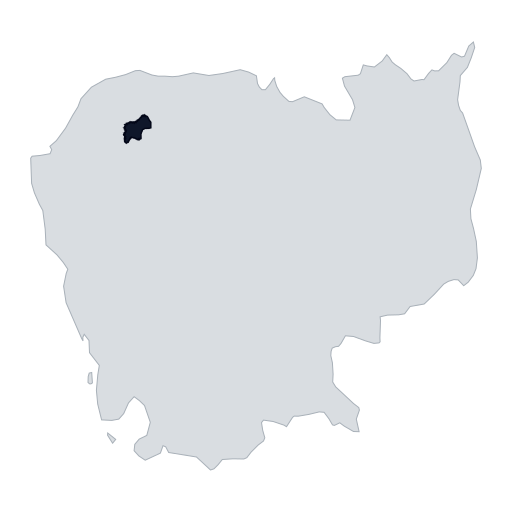 location of Srei Snam, Siemréab, Cambodia
{"feature_id": "14789045B20836207890742", "entity_name": "Srei Snam", "entity_type": "district", "adm_level": 2, "iso_a3": "KHM", "parent_name": "Cambodia", "parent_adm1": "Siemréab", "projection": "natural_earth1", "projection_center": [103.506, 13.832], "detail": "fine", "context": "in_parent", "style": "filled", "palette": "ink", "viewbox_px": 512, "rotation_deg": 0, "n_neighbors": 0, "source": "geoboundaries", "source_scale": "gbopen_adm2", "svg_char_len": 7430}
<svg xmlns="http://www.w3.org/2000/svg" viewBox="0 0 512 512"><path d="M473.4,42.0L474.7,47.5L471.2,57.9L467.4,67.4L460.3,75.6L460.0,81.7L457.6,99.7L458.6,105.5L460.3,110.4L462.6,113.0L468.9,130.7L474.6,146.8L480.3,160.0L481.3,168.4L476.3,189.6L470.4,209.0L470.9,218.7L473.5,228.4L476.3,241.4L477.4,257.9L476.0,268.7L473.3,275.4L468.2,282.2L463.7,285.7L458.2,279.9L453.9,279.6L448.2,281.4L443.7,284.1L434.4,294.2L424.2,304.0L410.1,306.5L404.6,313.8L398.7,314.8L387.5,315.1L380.1,316.8L380.5,320.5L379.9,337.8L380.1,341.8L379.0,342.9L373.9,343.4L365.3,340.8L353.6,336.5L345.4,335.8L341.1,343.3L338.6,346.3L335.5,346.7L332.2,348.1L331.1,351.4L330.8,355.6L332.4,362.8L333.1,374.2L332.7,382.0L335.7,386.9L353.5,403.5L358.8,407.6L359.4,410.1L356.3,419.1L359.1,431.7L353.5,431.5L344.2,426.1L339.8,422.8L334.4,425.4L332.5,424.9L328.9,418.7L324.1,412.3L319.2,411.9L308.8,414.4L298.2,416.2L294.2,416.1L292.6,417.3L286.5,426.7L283.9,425.1L273.2,421.5L263.5,420.1L261.5,422.6L262.7,430.3L264.8,437.8L263.5,441.0L258.2,445.0L251.1,452.1L246.8,457.7L243.8,459.0L233.1,458.8L222.3,459.5L218.0,464.8L214.0,468.8L210.5,470.0L196.5,457.0L168.7,452.5L165.7,446.8L163.0,445.7L160.4,453.1L145.2,460.2L138.8,455.9L134.1,450.7L134.8,444.3L139.2,439.1L146.8,435.4L150.3,422.3L144.5,405.5L139.4,400.6L134.1,396.7L128.5,402.9L123.7,413.6L118.8,419.1L111.8,420.4L101.6,419.9L97.7,404.0L96.4,390.3L97.8,374.7L99.3,365.4L89.5,352.7L89.0,340.5L84.2,334.3L82.8,337.4L83.0,340.9L81.6,338.4L66.1,302.7L63.6,286.2L66.2,273.5L67.8,269.2L63.3,262.5L57.0,254.9L46.0,244.9L45.2,229.2L42.8,210.5L39.4,204.3L34.4,192.8L31.6,183.3L30.7,158.2L32.1,156.2L40.0,155.5L50.1,153.7L51.7,149.6L49.9,146.3L56.4,140.6L65.6,128.1L72.8,115.1L77.9,106.9L81.0,98.7L91.4,87.2L105.7,79.2L115.4,77.3L125.6,74.6L135.3,70.7L139.9,70.4L151.9,75.0L158.4,76.2L165.3,76.2L172.3,76.7L178.5,76.2L193.3,72.9L208.9,75.5L222.9,73.5L240.2,69.7L248.7,72.1L256.4,75.8L257.5,83.5L259.3,87.0L261.9,89.7L265.4,89.7L269.8,84.3L273.4,78.8L274.6,77.8L274.8,80.5L276.7,86.5L280.0,92.4L283.3,96.3L288.9,101.4L292.5,101.7L304.3,96.8L322.1,103.9L324.2,107.5L329.9,114.7L336.2,119.9L350.0,120.2L354.9,107.5L352.5,99.7L344.5,86.1L342.4,78.2L344.9,76.7L358.2,75.2L360.4,73.7L363.3,64.9L366.9,65.9L374.4,67.0L382.2,61.0L386.8,54.7L389.3,57.6L392.1,62.0L395.1,64.6L400.8,68.4L407.0,73.7L410.9,78.9L414.0,81.0L421.9,79.5L424.0,79.7L428.6,73.4L431.9,69.9L434.6,70.9L438.6,70.8L446.8,62.7L451.5,55.3L454.1,53.3L461.6,57.0L464.5,56.2L468.8,46.0L473.4,42.0ZM92.4,382.9L90.9,383.9L89.5,383.8L88.0,382.4L88.2,376.6L89.2,373.1L91.7,372.5L92.4,382.9ZM115.7,439.4L112.6,443.2L107.6,435.3L107.7,433.0L115.7,439.4Z" fill="#d9dde1" stroke="#a8b0b8" stroke-width="1"/><path d="M126.1,143.0L126.2,142.8L126.3,142.8L126.5,142.7L126.7,142.8L126.8,142.7L126.7,142.6L126.8,142.6L127.0,142.5L127.5,142.5L127.8,142.0L128.1,142.1L128.1,141.8L128.3,141.8L128.5,141.6L128.5,141.3L128.7,140.6L128.8,140.5L129.0,140.6L129.1,140.4L129.4,139.7L129.5,139.6L129.9,139.4L130.0,139.0L130.0,138.5L130.3,138.1L130.5,137.9L130.7,138.0L130.7,137.7L130.9,137.8L131.3,137.7L131.5,137.4L131.6,137.2L132.0,137.3L132.3,137.5L132.7,137.6L133.0,137.7L133.4,137.9L133.6,137.7L133.8,137.8L133.9,137.7L134.0,137.7L134.5,137.7L134.6,137.9L134.8,137.9L134.9,138.2L135.1,138.2L135.3,138.4L135.7,138.6L135.9,138.6L136.1,138.7L136.2,138.9L136.5,138.8L136.7,139.1L136.9,139.2L137.0,139.1L137.2,139.3L137.3,139.2L137.5,139.3L137.8,139.4L138.1,139.4L138.3,139.2L138.3,139.4L138.5,139.5L138.4,139.6L138.6,139.6L138.6,139.8L138.8,139.8L138.8,139.7L138.9,139.4L139.1,139.3L139.2,139.2L139.2,139.3L139.4,139.2L139.7,138.8L140.0,138.8L140.0,139.0L140.1,138.9L140.3,138.9L140.5,138.8L140.9,138.7L141.0,138.5L141.0,137.9L140.9,134.6L140.9,134.0L141.1,133.6L141.6,132.0L141.9,131.6L142.3,130.2L142.5,129.8L143.0,129.4L144.0,129.0L144.7,128.4L145.1,128.4L149.1,128.3L149.3,128.2L149.7,128.1L150.8,127.8L150.8,122.2L149.4,120.4L148.6,118.9L147.8,117.3L147.3,116.6L146.8,116.3L146.7,116.2L146.2,116.2L146.0,116.3L146.0,116.0L145.9,115.9L145.7,115.9L145.5,116.1L145.5,115.8L145.4,115.7L145.3,115.9L145.0,115.9L145.2,115.6L145.1,115.4L144.9,115.5L144.8,115.4L144.6,115.6L144.3,115.5L144.2,115.2L143.9,115.6L143.7,115.7L144.0,115.9L143.9,116.0L143.5,115.7L143.4,115.7L143.3,115.4L143.1,115.5L143.0,115.4L142.9,115.2L142.6,115.3L142.7,115.8L142.4,115.6L142.0,115.9L142.1,116.0L142.5,116.1L142.3,116.3L141.8,116.6L141.7,116.3L141.5,116.1L141.4,116.2L141.5,116.4L141.5,116.6L141.6,116.8L141.5,117.0L141.4,116.8L141.2,117.0L141.4,117.3L141.2,117.4L141.1,117.6L140.9,117.5L140.5,117.7L140.3,117.7L140.2,118.1L139.2,119.1L139.3,119.6L139.3,119.8L139.2,119.8L139.0,119.4L138.9,119.3L138.6,119.4L138.4,119.5L138.0,119.9L138.0,120.0L138.1,120.4L137.7,120.5L137.8,120.7L137.7,120.8L137.4,120.8L137.2,120.6L137.1,120.9L137.3,121.4L137.3,121.5L137.1,121.6L137.1,121.9L136.9,121.5L136.7,121.5L136.4,121.6L136.2,121.4L136.1,121.6L136.1,122.0L136.1,122.4L135.9,122.3L135.8,122.1L135.8,121.8L135.5,121.7L135.4,122.2L134.8,122.1L134.9,122.4L134.6,122.4L134.7,122.6L134.6,122.9L134.4,122.6L134.2,122.5L134.1,122.4L134.2,122.0L134.1,121.9L133.9,121.9L133.8,122.1L134.0,122.5L133.9,122.6L133.6,122.6L133.3,122.5L133.2,122.5L133.0,122.8L132.8,122.5L132.7,122.2L132.1,122.4L132.2,122.6L132.4,122.7L132.2,122.8L132.1,122.7L131.9,122.2L131.7,122.4L131.6,122.5L131.4,122.3L131.1,122.4L131.1,122.2L130.9,122.3L130.4,122.2L130.4,122.3L130.5,122.6L130.3,122.7L130.2,122.2L130.1,122.3L129.8,122.2L129.5,122.1L129.4,122.2L129.4,122.4L129.5,122.6L129.2,122.9L129.1,123.1L129.0,122.9L128.9,123.0L128.6,122.9L128.4,122.9L128.4,123.1L128.0,123.2L127.8,123.1L127.5,123.3L127.7,123.5L127.6,123.8L127.4,123.7L127.1,123.6L127.2,123.8L127.0,124.1L126.9,124.1L126.8,123.9L126.5,123.8L126.4,123.9L126.5,124.0L126.7,124.4L126.4,124.3L126.3,124.6L126.2,124.6L126.0,124.2L125.9,124.3L125.7,124.6L125.5,124.3L125.3,124.3L124.9,124.6L125.1,124.7L125.2,124.9L125.2,125.1L125.4,125.5L125.5,125.7L125.4,125.7L125.2,125.6L125.2,125.9L125.0,126.2L125.2,126.4L125.2,126.6L124.9,126.3L124.6,126.5L124.7,127.0L125.0,126.9L125.0,127.1L124.8,127.4L124.7,127.8L124.3,127.9L124.6,128.1L124.8,127.9L125.0,128.0L124.9,128.3L125.0,128.6L124.7,128.7L124.6,128.8L124.9,128.9L125.0,129.4L125.1,129.6L125.0,129.8L125.5,129.8L125.4,130.1L125.3,130.3L125.4,130.6L125.8,130.7L126.2,130.4L126.3,130.5L126.2,130.7L126.2,131.1L125.8,131.1L125.7,131.3L125.7,131.5L125.3,131.5L125.3,132.0L125.5,132.0L125.7,131.9L125.8,132.0L125.7,132.2L125.2,132.2L124.9,132.3L124.7,132.5L124.8,132.8L124.8,133.0L125.0,133.0L124.9,132.7L125.0,132.5L125.2,133.1L124.7,133.3L124.9,133.6L125.0,133.8L125.0,134.2L124.9,134.4L124.9,134.5L124.6,134.3L124.8,134.7L124.7,134.9L124.4,134.6L124.2,134.4L124.1,134.5L124.1,134.8L123.9,134.8L123.9,134.5L123.8,134.4L123.6,134.6L123.8,135.1L124.0,135.3L124.4,135.2L124.5,135.5L124.7,135.4L124.8,135.6L124.8,135.8L124.9,136.1L124.8,136.5L124.9,136.8L124.7,136.7L124.7,136.8L124.9,136.9L125.5,136.9L125.3,137.4L125.0,137.2L124.9,137.5L124.7,137.6L124.5,137.9L124.5,138.0L124.8,137.8L124.9,138.2L124.8,138.3L124.7,138.4L124.4,138.4L124.4,138.6L124.6,138.7L124.7,138.8L124.8,138.8L124.9,138.7L125.1,138.6L125.4,138.6L125.1,139.0L124.9,138.9L124.7,139.0L124.6,139.4L124.9,139.5L125.2,139.7L125.2,139.8L125.0,140.0L124.6,139.9L124.5,140.0L124.7,140.4L124.8,140.6L124.6,141.0L124.6,141.3L124.7,141.6L125.3,141.7L125.3,141.9L125.2,142.2L125.6,142.4L125.6,142.5L126.0,142.9L126.1,143.0Z" fill="#0f172a" stroke="#020617" stroke-width="1.5"/></svg>